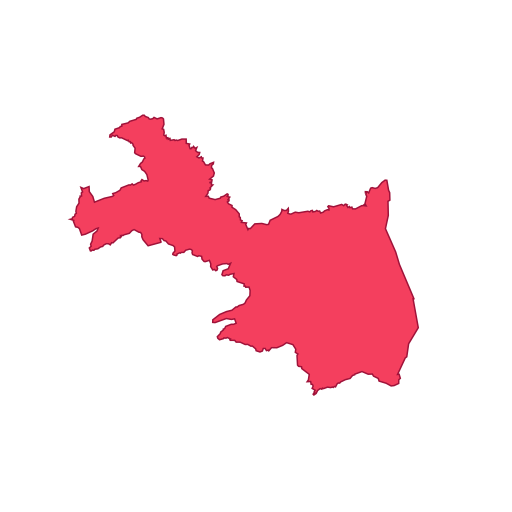 Teúl de González Ortega, Zacatecas, Mexico, rotated 64°
{"feature_id": "50627088B73152877685889", "entity_name": "Teúl de González Ortega", "entity_type": "district", "adm_level": 2, "iso_a3": "MEX", "parent_name": "Mexico", "parent_adm1": "Zacatecas", "projection": "equal_earth", "projection_center": [-103.508, 21.35], "detail": "fine", "context": "isolated", "style": "filled", "palette": "rose", "viewbox_px": 512, "rotation_deg": 64, "n_neighbors": 0, "source": "geoboundaries", "source_scale": "gbopen_adm2", "svg_char_len": 6130}
<svg xmlns="http://www.w3.org/2000/svg" viewBox="0 0 512 512"><g transform="rotate(64 256 256)"><path d="M144.8,404.9L150.7,405.4L152.1,403.6L153.9,402.7L160.8,403.5L161.6,399.8L161.8,391.8L161.3,388.0L161.7,385.6L163.8,387.9L165.0,392.8L170.8,396.8L172.9,399.5L175.0,399.9L175.7,402.3L178.8,402.6L179.2,402.0L178.9,400.5L179.8,399.2L179.3,397.9L180.2,395.0L179.7,391.7L180.2,389.6L179.4,388.0L179.3,385.2L180.4,383.1L182.1,382.1L180.7,379.9L181.5,378.8L179.4,372.0L180.1,370.0L178.5,369.0L179.5,368.6L178.6,367.4L179.3,366.5L179.1,365.1L180.1,359.9L178.8,356.5L178.8,354.0L183.3,350.8L184.2,349.4L186.5,349.1L188.7,350.2L191.8,350.4L199.5,348.5L201.9,336.0L201.8,335.2L198.1,334.8L199.4,332.5L201.8,331.9L203.0,330.4L206.8,329.4L210.2,326.0L212.1,325.2L216.0,326.7L217.1,329.4L218.1,330.1L218.8,329.7L220.7,327.6L220.5,326.6L219.6,326.1L219.7,323.1L220.3,322.6L220.0,321.6L221.1,319.3L220.0,316.6L220.7,312.6L222.0,311.2L223.4,310.9L225.1,312.1L226.9,312.3L230.8,308.7L230.7,307.2L232.5,305.0L235.1,305.9L238.1,305.1L238.8,304.2L239.5,299.8L243.3,300.1L245.6,301.4L249.6,301.0L249.8,299.3L251.6,298.6L251.6,297.2L250.4,296.0L248.1,295.9L247.9,294.6L248.5,289.4L250.0,285.5L251.3,284.6L251.4,282.0L255.3,286.5L254.8,292.0L257.8,294.8L259.1,294.5L260.2,292.5L259.9,290.9L261.3,289.0L261.1,287.3L262.1,283.5L264.7,285.5L268.7,283.6L270.6,284.2L275.9,278.8L277.8,280.0L278.5,278.8L279.5,279.0L280.9,275.9L284.4,276.4L289.0,278.9L291.4,284.0L293.4,286.4L293.9,288.4L293.1,293.0L293.6,295.2L293.0,296.4L294.2,301.4L293.0,306.9L292.6,314.3L294.4,322.8L296.7,324.0L297.9,322.0L299.2,310.1L302.3,305.8L303.1,302.8L307.7,303.3L307.6,306.0L306.5,308.3L306.0,314.1L307.5,316.0L307.4,317.5L308.2,317.8L308.9,321.1L310.1,322.1L311.5,326.1L313.2,326.4L315.3,325.5L316.0,321.5L315.6,320.8L316.7,318.9L316.7,317.5L319.4,315.3L319.8,316.2L320.5,316.1L322.5,312.1L324.7,311.6L326.5,308.0L330.8,304.5L331.8,302.2L334.8,300.1L335.4,298.7L339.3,297.0L341.2,297.4L344.0,294.5L344.2,291.9L342.3,290.0L343.1,288.3L345.6,288.1L346.1,286.0L346.8,286.0L345.2,282.2L347.6,277.5L348.0,271.2L347.3,266.5L351.8,261.7L357.2,261.1L359.8,262.9L362.4,261.3L363.5,262.8L372.3,266.5L373.8,266.1L375.5,263.6L377.3,264.2L385.7,260.0L390.4,263.3L391.4,265.1L392.8,261.9L395.5,262.7L396.0,261.7L397.0,261.5L398.1,261.8L399.6,263.6L402.5,261.7L403.8,263.5L404.5,263.2L405.2,265.2L406.3,264.9L405.9,262.2L403.9,259.6L403.3,256.5L404.6,255.2L403.9,254.3L404.8,253.4L405.2,249.2L407.0,246.6L407.3,244.7L408.0,244.2L407.6,242.8L408.5,241.9L406.5,239.2L406.2,237.8L406.9,236.5L406.3,235.2L406.3,230.0L407.3,225.1L405.7,221.6L406.0,219.3L405.5,218.9L406.3,211.4L411.4,207.0L413.1,203.2L415.5,203.0L419.6,199.8L422.4,200.2L427.4,194.8L432.0,191.5L433.0,188.7L433.1,183.6L429.8,181.9L429.2,179.9L425.0,179.2L424.5,180.7L413.0,166.5L412.7,164.7L401.8,157.3L391.6,141.6L363.3,133.6L363.6,132.8L326.5,130.8L313.6,128.7L288.2,127.7L277.5,119.3L264.7,113.4L264.5,111.2L257.7,108.1L255.0,108.0L245.3,105.2L244.4,106.7L245.2,110.8L247.9,116.7L247.5,119.3L245.5,121.6L245.3,123.2L248.7,127.1L247.0,127.8L246.1,129.5L247.2,130.0L247.7,129.2L248.9,130.3L250.9,130.3L256.7,135.1L259.3,135.0L258.4,136.4L258.0,135.7L257.2,136.1L257.6,137.8L257.1,139.0L257.3,145.9L255.9,148.6L254.1,148.4L253.7,150.4L252.5,150.4L252.7,152.1L250.2,152.4L250.0,151.6L249.0,152.3L248.5,153.1L249.2,155.1L247.2,156.4L245.8,164.7L242.7,168.7L243.1,169.8L245.1,169.5L246.6,170.3L245.7,171.4L245.5,174.6L246.1,176.3L245.7,179.1L243.5,179.1L243.0,180.6L241.7,181.4L242.0,183.1L241.3,185.6L239.8,185.3L239.4,186.7L239.9,188.3L238.5,189.8L235.9,198.6L233.8,201.5L233.7,206.1L233.0,207.3L231.5,208.7L229.9,207.1L227.3,206.1L228.4,208.7L227.5,210.7L225.5,212.3L227.1,213.2L229.2,216.1L230.1,218.9L230.1,227.6L233.1,230.9L232.5,232.7L229.3,236.5L226.6,243.0L228.9,249.1L228.0,250.5L228.8,251.7L223.1,251.4L222.1,250.1L219.4,254.4L218.2,253.0L216.8,254.2L214.4,253.2L213.5,253.9L210.8,252.6L205.5,253.9L201.7,256.2L200.1,255.4L197.2,257.7L195.3,258.1L194.8,258.0L194.6,256.1L193.8,255.6L193.1,256.5L191.6,253.8L189.9,255.8L188.9,254.2L188.1,254.2L187.5,254.7L188.1,258.8L187.6,261.9L188.4,262.7L187.4,268.0L183.5,272.7L181.4,272.7L180.4,275.0L178.5,271.7L176.2,270.2L176.5,268.7L175.7,267.4L174.7,267.6L173.2,263.7L172.5,264.9L170.9,264.0L169.9,265.2L169.6,264.8L170.3,263.6L168.3,262.1L166.6,264.0L165.5,259.2L163.1,257.1L158.2,256.8L157.3,257.4L155.1,256.2L154.5,254.0L153.2,253.1L152.9,256.9L153.5,258.7L152.0,261.5L148.2,261.8L147.2,262.5L144.7,260.7L143.9,262.0L142.9,261.7L142.9,264.3L140.9,265.7L139.9,262.6L138.3,261.2L137.2,263.1L134.8,264.1L132.5,261.6L132.5,263.5L130.1,264.1L130.9,265.2L130.3,266.1L131.1,267.4L130.7,268.2L127.3,267.7L126.3,266.5L124.2,269.3L120.3,267.5L118.4,271.4L117.9,275.7L116.8,276.9L116.7,278.2L115.6,278.6L114.5,282.4L112.7,281.8L112.6,283.4L111.9,283.0L111.6,284.3L110.9,283.7L110.5,284.8L108.0,284.0L108.0,285.2L106.9,285.9L104.6,284.3L101.7,283.5L100.6,284.6L97.3,281.0L92.3,279.1L91.0,279.5L90.0,280.7L89.4,284.8L86.7,286.9L87.3,288.6L86.8,290.8L86.0,291.9L84.4,292.1L82.1,294.3L80.4,294.8L79.8,296.1L80.3,299.9L79.9,302.7L80.7,303.8L79.6,310.4L80.3,312.6L78.9,318.9L80.5,319.7L80.1,321.2L80.8,322.5L80.2,327.2L82.2,328.9L83.1,334.1L84.9,335.3L85.6,334.0L84.6,332.1L86.7,330.3L86.2,329.0L86.9,327.9L88.5,327.9L90.1,326.7L90.8,325.0L96.1,320.8L95.9,320.2L97.8,319.9L98.1,318.9L99.5,319.1L99.6,318.1L101.7,317.5L102.7,318.0L106.1,317.4L110.0,319.8L111.3,319.4L116.0,315.7L116.9,313.3L118.1,312.7L119.4,313.0L119.6,314.3L121.7,316.9L122.2,319.2L124.1,322.2L124.9,320.6L128.3,320.7L131.1,319.0L135.0,318.4L140.4,319.6L141.2,320.5L140.0,321.8L139.5,323.7L137.3,325.0L138.1,326.4L139.0,326.5L138.5,329.7L138.7,333.0L138.5,335.1L136.9,335.7L137.2,338.0L136.4,338.9L135.7,347.3L137.3,349.5L137.6,354.3L137.1,357.4L139.3,357.4L139.5,358.9L137.6,367.1L136.8,377.6L131.0,376.6L125.1,377.6L120.4,375.6L119.9,381.3L117.6,383.3L122.4,383.8L122.7,385.3L125.6,386.5L125.1,387.9L125.8,388.1L127.2,390.2L130.9,391.9L133.1,395.6L136.9,398.3L138.9,398.8L139.1,400.3L140.9,401.7L140.8,403.9L142.0,404.8L141.6,406.8L144.1,404.2L144.8,404.9Z" fill="#f43f5e" stroke="#9f1239" stroke-width="1.5"/></g></svg>